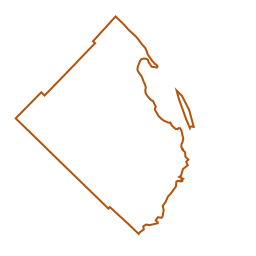 Miami-Dade, Florida, United States of America, rotated 314°
{"feature_id": "52423323B12945765623889", "entity_name": "Miami-Dade", "entity_type": "district", "adm_level": 2, "iso_a3": "USA", "parent_name": "United States of America", "parent_adm1": "Florida", "projection": "orthographic", "projection_center": [-80.389, 25.563], "detail": "fine", "context": "isolated", "style": "outline", "palette": "amber", "viewbox_px": 256, "rotation_deg": 314, "n_neighbors": 0, "source": "geoboundaries", "source_scale": "gbopen_adm2", "svg_char_len": 1661}
<svg xmlns="http://www.w3.org/2000/svg" viewBox="0 0 256 256"><g transform="rotate(314 128 128)"><path d="M56.9,40.5L56.8,77.1L56.7,86.5L56.6,106.4L56.4,169.9L58.5,169.8L59.2,195.3L59.2,209.3L60.9,208.9L62.4,209.2L66.0,209.8L67.9,207.3L71.2,208.1L73.0,210.9L80.1,215.5L80.8,215.0L80.9,212.0L84.6,211.5L86.7,214.5L88.6,214.2L93.5,210.9L96.1,207.1L100.8,206.4L106.4,204.4L110.6,204.3L111.4,204.2L114.1,203.8L119.2,203.1L123.1,200.0L124.5,200.5L126.3,203.1L128.1,204.5L127.0,202.4L129.7,203.0L128.4,198.8L130.5,199.3L136.6,196.0L142.7,196.9L144.2,193.3L147.2,193.3L147.2,189.2L150.2,186.0L150.2,182.2L150.8,182.3L151.2,179.8L153.5,177.7L155.3,177.2L158.6,175.4L163.3,168.1L164.0,165.8L163.3,164.6L161.4,164.3L160.4,162.9L160.2,157.7L161.4,154.7L159.9,153.4L158.2,148.7L157.8,145.9L157.8,141.6L159.8,134.6L160.4,134.1L160.5,134.0L162.6,133.2L164.8,127.2L164.2,125.6L164.2,121.9L164.9,117.6L165.8,115.8L167.4,114.0L169.5,112.7L171.4,109.5L171.6,108.7L171.7,108.2L174.6,101.9L175.7,95.8L176.5,94.3L178.6,92.6L184.6,90.1L187.0,89.8L189.3,91.4L190.5,93.3L190.9,94.8L189.7,97.2L188.5,102.5L191.6,106.8L192.7,106.6L193.2,104.3L192.8,102.9L193.1,98.8L194.7,90.8L196.0,88.8L196.2,88.3L196.9,86.4L197.7,84.2L197.8,80.2L198.8,74.6L199.3,69.7L199.1,63.1L199.0,60.9L199.6,54.0L199.6,41.6L198.4,41.7L193.9,41.7L190.5,41.9L182.9,42.1L178.5,42.2L175.2,42.3L166.1,42.6L166.1,45.5L163.2,45.4L160.1,45.4L151.0,45.4L140.3,45.4L138.8,45.5L93.4,45.4L93.4,40.8L56.9,40.5ZM171.0,172.5L171.8,172.1L172.4,172.1L173.5,172.8L174.1,174.1L174.4,174.5L174.7,174.1L183.5,159.4L188.6,144.4L188.7,137.0L184.2,144.5L174.8,163.5L171.0,172.5Z" fill="none" stroke="#b45309" stroke-width="2"/></g></svg>